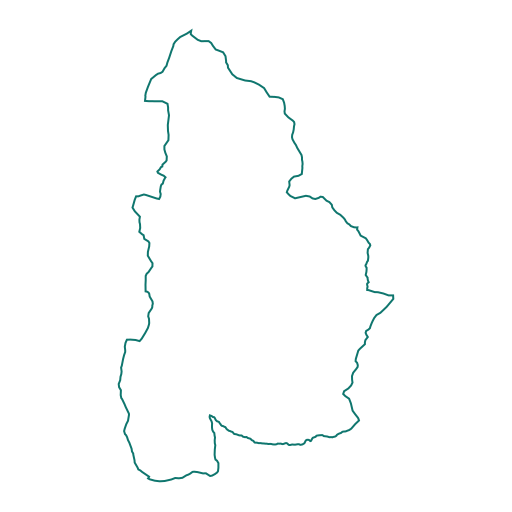 the district of Tang, Bumthang, Bhutan
{"feature_id": "84629894B61267933696979", "entity_name": "Tang", "entity_type": "district", "adm_level": 2, "iso_a3": "BTN", "parent_name": "Bhutan", "parent_adm1": "Bumthang", "projection": "mercator", "projection_center": [90.891, 27.681], "detail": "fine", "context": "isolated", "style": "outline", "palette": "teal", "viewbox_px": 512, "rotation_deg": 0, "n_neighbors": 0, "source": "geoboundaries", "source_scale": "gbopen_adm2", "svg_char_len": 6066}
<svg xmlns="http://www.w3.org/2000/svg" viewBox="0 0 512 512"><path d="M148.1,478.4L149.7,479.3L154.8,480.7L159.7,481.3L164.7,481.0L171.3,479.5L175.2,478.0L178.9,478.3L182.4,477.8L186.4,475.3L188.4,474.6L190.2,473.6L192.5,471.9L194.1,471.7L197.6,472.1L203.0,473.4L205.9,473.3L210.1,476.0L212.1,475.6L214.9,474.1L217.1,472.5L218.0,471.2L218.4,467.8L218.4,463.1L217.0,460.7L215.5,459.6L215.0,457.7L214.6,454.8L214.8,449.5L215.3,445.2L214.8,443.2L214.7,440.2L215.0,437.5L214.6,435.7L214.3,433.0L213.1,431.6L212.3,429.8L212.0,427.6L212.0,425.3L212.1,423.4L211.6,421.4L210.5,419.4L209.9,418.2L209.6,416.9L209.9,415.4L211.6,416.0L212.5,416.7L212.9,417.0L214.1,417.2L214.6,417.7L215.8,420.1L217.1,421.3L218.4,421.7L219.0,422.0L220.0,423.7L220.5,424.1L221.1,425.2L221.5,425.5L221.8,425.8L223.4,426.2L224.5,426.9L225.1,427.0L225.6,427.4L226.2,428.5L227.2,429.6L227.9,430.0L228.6,430.6L229.0,430.8L230.2,431.1L231.2,431.6L232.3,431.9L232.9,432.4L233.8,433.6L234.3,434.0L236.4,434.3L239.0,435.3L240.2,435.5L241.1,435.4L241.8,435.6L243.0,436.7L245.1,437.2L246.3,437.0L246.7,437.1L247.6,437.9L248.2,438.1L250.3,438.7L250.7,439.0L251.7,440.1L253.4,440.9L254.2,442.0L254.5,442.4L254.9,442.6L257.0,442.7L258.5,443.1L260.7,443.1L262.0,443.4L264.2,443.5L265.4,443.7L266.7,443.7L268.4,444.0L270.5,443.9L271.3,444.0L272.9,444.4L275.1,444.5L276.2,444.3L276.7,444.2L277.7,443.6L279.5,443.7L280.5,443.6L281.1,443.7L281.9,444.0L282.8,444.1L283.6,443.9L285.4,443.2L286.3,443.1L286.7,443.2L287.3,443.5L288.5,444.7L289.1,445.0L290.1,445.0L292.2,444.5L294.5,444.7L295.1,444.7L297.3,444.3L298.1,444.2L299.2,444.3L300.2,444.8L300.7,444.8L302.5,444.4L304.3,443.3L304.6,442.9L305.4,441.2L305.9,440.4L307.0,439.8L308.1,439.8L308.8,439.9L309.5,440.3L310.3,441.1L310.8,441.0L311.1,440.7L312.2,438.6L312.8,437.8L313.6,437.5L315.6,436.8L315.9,436.4L316.4,435.8L317.0,435.6L319.0,435.3L322.2,435.1L322.7,435.3L323.8,436.1L327.2,436.5L329.4,437.2L329.8,437.2L331.2,437.1L332.4,437.3L333.0,437.0L334.1,436.8L335.2,436.5L336.0,436.0L336.4,435.7L336.8,435.0L337.4,434.5L339.3,433.5L340.9,433.0L342.4,431.8L343.2,431.6L345.7,431.4L347.6,430.6L349.1,430.1L349.7,429.6L350.3,429.4L351.4,428.5L355.3,424.0L359.0,420.5L358.3,418.4L357.9,417.7L355.0,414.0L352.6,410.7L350.9,403.4L349.1,398.7L345.3,396.1L343.2,394.0L344.1,391.2L348.3,388.5L351.1,385.5L352.5,382.6L352.1,379.8L352.0,376.1L353.2,372.7L356.2,369.0L357.6,367.0L357.8,365.2L357.1,362.8L355.6,361.2L355.8,359.0L358.3,350.6L359.9,348.8L364.9,344.2L364.9,342.3L365.4,340.1L367.8,337.0L366.4,334.8L365.6,332.8L366.2,330.9L368.4,329.6L369.9,328.2L370.4,326.4L371.6,323.3L372.6,321.1L374.2,318.0L376.5,315.0L380.4,312.8L386.6,306.9L393.3,298.9L393.1,295.4L388.6,295.4L383.4,293.5L377.9,292.2L374.7,292.1L368.5,290.1L367.2,290.0L367.2,288.0L367.6,286.9L367.1,284.6L367.2,283.6L368.7,282.2L368.0,280.8L367.6,278.7L367.6,277.7L365.7,275.0L366.4,271.9L366.6,269.6L366.6,267.7L365.7,266.4L365.5,265.3L366.2,264.2L367.2,261.6L367.9,260.8L368.3,257.7L368.3,256.0L367.6,252.9L367.9,249.2L369.1,247.7L370.3,245.4L369.9,244.0L368.6,242.7L367.1,240.1L365.8,238.3L360.6,235.6L360.1,234.5L358.4,231.2L357.1,229.6L357.4,227.4L356.8,227.5L354.1,227.3L350.9,226.1L349.3,224.4L347.4,223.3L345.8,221.3L344.9,219.5L343.4,217.7L340.3,214.8L336.8,212.8L334.4,210.3L332.3,207.4L331.8,204.8L329.4,202.1L326.5,200.7L322.8,197.0L320.5,196.7L318.7,197.9L315.3,199.0L312.5,198.4L309.7,196.5L305.9,195.8L295.0,198.3L293.9,197.7L290.4,196.0L288.6,194.3L286.8,192.3L287.3,190.7L289.2,186.8L289.6,185.2L289.2,181.5L291.4,178.7L294.0,176.6L298.5,175.8L301.8,174.0L302.4,168.0L302.3,166.1L302.6,164.0L302.4,161.6L302.0,159.8L302.0,157.4L301.5,155.0L297.3,148.0L295.9,145.0L294.4,142.8L292.5,139.3L292.0,137.2L292.2,134.8L293.1,132.4L293.7,129.5L294.0,126.4L294.5,124.1L294.1,122.0L292.8,120.6L290.3,118.8L288.3,117.3L284.8,113.6L284.5,111.4L284.9,108.8L284.7,106.0L284.1,102.7L282.8,99.2L278.7,97.4L274.6,96.9L269.6,96.7L266.5,92.1L264.1,88.1L258.9,84.6L254.2,82.3L251.0,81.2L245.1,80.5L236.8,78.0L232.3,74.3L228.0,67.7L227.8,65.2L226.1,62.4L226.1,60.9L225.5,56.2L223.1,52.3L218.2,50.4L215.7,49.5L212.9,45.8L211.2,43.0L208.6,41.1L201.2,41.2L197.7,39.8L192.2,35.6L190.8,34.2L190.8,32.8L191.2,30.7L186.9,33.6L180.2,37.0L177.6,39.3L175.2,41.7L173.6,44.2L173.3,46.1L171.4,51.0L169.1,58.0L167.4,62.5L166.5,65.8L164.6,68.1L162.5,71.8L160.6,73.0L158.0,73.7L155.9,75.1L151.2,79.0L147.9,87.0L145.8,92.8L145.3,95.8L145.5,96.6L145.0,100.9L148.9,101.2L162.4,101.3L167.5,103.8L168.1,107.5L168.1,110.3L169.0,115.3L167.8,125.0L168.0,131.0L168.6,134.9L168.4,140.2L164.4,146.0L164.4,149.4L165.3,152.7L166.8,156.4L166.6,160.4L165.8,161.6L162.5,164.6L162.3,166.5L160.9,167.2L159.7,169.3L157.4,171.5L157.9,172.8L161.3,174.7L163.7,175.7L165.5,177.3L165.2,177.7L163.6,180.6L162.8,183.6L161.5,184.5L160.8,186.3L160.2,189.9L160.0,191.7L160.7,194.0L160.3,196.7L159.1,199.0L156.7,198.5L146.0,195.0L143.9,194.5L140.4,195.6L138.5,196.3L136.1,196.3L134.7,199.9L133.1,205.6L132.5,207.6L134.8,211.3L139.9,216.7L139.4,219.7L139.5,222.2L140.0,224.1L140.2,228.0L139.3,231.8L142.0,234.2L143.6,235.2L144.3,238.9L148.4,241.4L149.4,243.0L149.2,246.4L147.9,251.9L147.8,255.7L151.0,261.1L152.5,263.2L152.4,266.5L151.4,267.8L148.5,272.1L146.7,273.7L145.7,275.9L145.7,280.3L145.5,284.6L145.6,291.4L147.4,291.8L148.6,292.7L149.2,293.7L149.7,296.6L152.5,301.4L152.8,303.7L152.3,305.6L152.3,307.0L151.8,308.4L148.7,313.0L148.2,316.3L149.0,318.8L149.2,323.1L148.9,324.8L147.9,328.0L145.2,333.0L141.7,338.7L139.6,341.1L135.6,340.0L130.5,339.6L126.9,339.7L125.5,342.9L124.8,346.7L125.2,350.1L125.2,352.0L124.1,355.1L123.1,359.0L121.8,365.7L121.1,367.6L121.6,371.5L121.3,374.1L120.5,376.8L120.2,380.2L118.7,384.0L119.1,387.2L120.9,390.2L120.7,395.1L121.3,398.1L122.1,399.1L124.5,404.1L125.7,407.0L128.9,413.6L129.0,414.8L128.0,420.8L126.3,424.1L124.7,428.7L124.1,431.1L125.0,434.1L126.1,435.2L127.1,437.2L128.0,440.1L129.3,442.6L131.6,448.8L132.0,451.5L133.2,453.5L133.3,454.7L134.5,460.2L134.7,462.6L137.6,467.6L138.3,469.4L140.4,470.5L141.9,471.8L149.1,476.7L148.4,478.0L148.1,478.4Z" fill="none" stroke="#0f766e" stroke-width="2"/></svg>